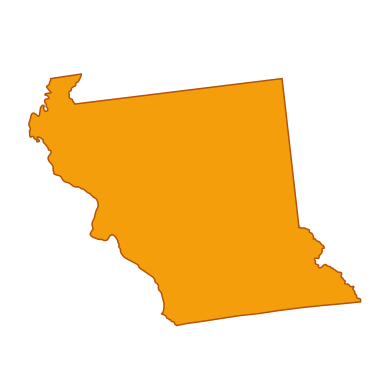 SVG path tracing the border of Missouri, rotated 173°
{"feature_id": "USA-3531", "entity_name": "Missouri", "entity_type": "State", "adm_level": 1, "iso_a3": "USA", "parent_name": "United States of America", "parent_adm1": "", "projection": "robinson", "projection_center": [-92.269, 38.302], "detail": "fine", "context": "isolated", "style": "filled", "palette": "amber", "viewbox_px": 384, "rotation_deg": 173, "n_neighbors": 0, "source": "natural_earth", "source_scale": "10m", "svg_char_len": 5865}
<svg xmlns="http://www.w3.org/2000/svg" viewBox="0 0 384 384"><g transform="rotate(173 192 192)"><path d="M44.0,78.7L43.2,78.6L43.0,77.8L43.6,77.4L44.0,77.1L44.2,76.7L44.1,76.4L43.6,74.8L42.9,73.7L42.7,73.3L42.6,72.9L42.7,72.0L42.7,71.7L42.4,70.8L41.6,69.8L41.2,69.0L41.2,68.2L41.3,67.6L41.3,67.0L40.6,66.3L39.5,66.0L38.6,65.8L38.0,65.3L37.8,63.8L38.1,62.4L56.3,62.8L76.9,63.5L97.3,63.9L113.3,63.8L118.6,63.8L139.5,63.2L160.9,63.5L195.3,62.4L213.8,62.1L218.8,61.7L223.6,61.4L224.0,61.9L224.2,62.2L225.0,62.7L225.2,63.1L225.2,63.8L225.3,64.3L225.6,64.8L225.9,65.2L226.3,65.4L227.3,65.7L228.4,66.3L228.5,66.6L228.7,67.3L228.9,67.7L229.1,67.8L229.3,67.9L229.8,67.9L230.1,68.0L230.3,68.5L230.5,68.8L230.9,69.1L231.8,69.5L232.2,69.8L232.5,70.2L232.6,70.6L232.6,70.9L232.5,71.3L232.9,71.9L234.6,73.4L235.1,73.8L236.5,74.3L237.0,74.8L235.5,76.0L234.5,78.5L233.8,81.3L233.5,83.6L233.5,86.2L234.7,95.5L235.0,96.3L235.6,97.2L236.4,98.1L236.6,98.5L236.9,99.0L237.0,99.4L237.1,99.9L237.1,101.3L236.7,102.9L236.7,103.6L236.9,104.0L237.5,104.6L237.8,105.4L239.1,106.5L239.4,107.1L239.5,107.7L239.6,109.0L240.2,110.9L241.1,112.3L252.7,122.4L253.4,123.2L254.0,124.3L254.2,125.5L254.5,126.3L255.2,126.9L265.9,134.4L267.0,135.4L268.1,136.7L269.3,138.8L269.8,140.0L270.1,141.1L270.2,141.9L270.1,143.5L270.1,144.2L270.4,144.9L271.2,146.1L271.4,146.8L271.2,147.4L270.9,148.0L270.7,148.7L271.0,149.5L271.4,150.2L271.6,151.1L271.7,152.0L271.5,152.7L273.6,156.9L275.0,158.7L276.9,159.4L278.9,158.5L281.8,154.8L284.2,154.3L285.1,154.6L286.7,155.6L287.5,155.9L288.6,156.0L291.0,156.6L295.6,159.1L297.4,160.6L298.2,162.1L297.9,163.1L297.1,164.5L296.2,165.7L295.6,166.3L295.0,166.9L294.8,168.3L295.1,170.6L295.1,172.9L294.3,174.7L292.0,178.3L289.7,184.6L287.5,188.1L286.8,189.9L286.6,192.0L287.0,194.6L287.3,195.5L287.6,196.1L287.9,196.7L288.3,197.2L290.9,199.4L291.2,199.9L292.5,201.2L292.8,201.7L293.1,202.6L294.0,203.2L295.7,204.2L296.9,205.4L298.1,206.8L299.3,208.0L301.0,208.5L303.6,210.6L304.3,211.1L306.0,211.0L308.1,211.6L309.7,212.8L312.4,215.5L313.5,216.2L316.4,217.4L317.5,218.1L318.7,219.7L320.0,222.8L321.1,224.0L325.6,226.0L326.9,227.1L326.5,227.8L326.7,228.7L327.0,229.7L327.2,230.7L327.1,231.7L326.9,232.6L326.8,233.7L326.9,234.8L327.9,236.8L329.2,238.6L330.4,240.5L330.8,242.9L330.1,244.9L328.4,246.5L327.1,248.1L327.1,250.3L327.4,250.5L328.3,250.8L328.7,251.0L329.4,251.6L329.4,252.4L329.5,253.3L329.9,254.2L331.0,256.1L332.9,258.6L333.6,260.2L333.3,261.9L334.1,262.7L336.4,264.6L338.3,265.4L338.9,265.4L339.1,264.8L338.9,263.9L338.6,263.5L338.2,263.1L337.8,262.6L337.2,261.4L337.5,260.8L338.4,260.7L339.5,260.7L339.8,261.0L340.0,262.3L340.2,262.8L340.6,263.2L341.6,263.8L342.0,264.2L342.2,264.8L342.3,265.4L342.5,266.0L342.9,266.5L343.5,266.6L344.0,266.5L344.6,266.3L345.0,266.1L346.0,266.6L346.2,267.6L345.9,270.0L346.0,271.8L345.9,272.3L345.7,272.7L345.3,273.2L344.8,273.8L344.7,274.5L344.8,275.7L345.6,277.6L345.7,278.9L345.3,280.4L343.5,284.3L342.4,287.6L341.4,289.1L340.2,289.7L338.7,289.3L337.4,288.1L336.3,286.8L335.2,285.8L334.6,286.1L334.4,286.4L333.9,287.4L333.3,289.5L333.1,290.4L332.4,293.0L332.1,294.0L331.0,295.3L330.3,296.0L329.7,296.3L328.4,296.0L328.3,295.2L328.8,294.0L329.1,292.8L328.5,290.6L326.9,289.8L325.3,290.5L325.0,292.4L325.4,293.1L326.0,293.9L326.4,294.7L326.1,295.7L326.0,296.6L327.1,298.9L327.3,300.2L326.8,301.4L325.9,302.0L324.8,302.1L323.6,302.1L322.7,302.6L322.8,303.6L323.5,304.8L324.4,305.6L325.6,306.0L326.1,306.4L325.9,307.0L325.4,307.3L324.9,307.5L320.5,307.6L319.7,307.9L322.2,311.6L323.5,313.9L323.1,314.9L322.4,315.1L321.5,315.5L320.7,316.1L320.4,316.6L320.2,317.6L318.8,319.9L318.4,321.8L318.1,321.8L287.9,322.6L287.6,322.6L287.6,322.3L287.5,322.1L287.7,321.5L289.3,318.4L289.8,317.8L290.5,316.5L291.1,315.9L291.4,315.5L291.6,315.3L291.8,315.1L292.1,315.0L293.0,314.8L293.3,314.7L293.5,314.5L293.7,314.4L293.9,314.1L294.0,313.9L294.1,313.6L294.2,313.3L294.3,312.8L294.3,312.5L294.4,312.2L294.6,312.0L294.8,311.8L295.3,311.5L295.5,311.3L296.1,311.2L297.2,310.7L298.6,309.9L298.8,309.8L299.0,309.5L299.1,309.3L299.2,309.0L299.4,307.9L299.5,307.6L299.7,307.4L299.9,307.3L301.1,306.9L301.3,306.8L301.6,306.6L301.8,306.4L301.9,306.2L302.0,305.9L302.1,305.6L302.2,305.4L302.2,305.1L302.0,303.4L302.0,303.0L302.3,301.7L302.3,301.4L302.3,301.0L302.3,300.7L302.1,300.5L302.0,300.2L301.8,300.0L301.6,299.8L301.4,299.6L299.8,298.7L299.6,298.5L299.5,298.2L299.4,298.0L299.4,297.6L299.3,296.7L299.2,296.3L299.0,296.1L298.8,296.0L298.6,295.8L298.5,295.6L298.0,294.3L297.8,293.9L297.7,293.8L297.6,293.6L88.8,293.6L89.1,258.2L90.1,145.5L89.9,145.4L89.9,145.2L90.5,144.3L90.4,143.8L89.6,143.6L88.5,143.5L88.4,143.4L88.3,142.9L88.1,142.7L87.8,142.7L87.4,142.7L86.7,142.7L85.2,142.7L84.2,142.3L82.2,141.0L81.3,140.7L80.4,140.2L80.2,139.0L80.2,137.8L79.7,137.3L78.1,136.3L77.1,134.0L76.8,131.8L77.2,130.7L75.2,130.3L75.0,130.0L74.8,129.1L74.6,128.8L72.7,127.4L71.8,127.1L71.4,126.8L71.0,126.2L70.0,124.2L69.7,123.8L68.9,123.4L68.1,122.5L67.6,121.4L67.7,120.2L68.0,120.1L69.2,120.0L69.8,119.7L69.9,119.2L70.0,118.6L69.9,117.4L70.3,116.4L71.0,115.4L72.5,114.0L73.0,113.7L73.4,113.5L73.7,113.2L73.8,111.8L74.0,111.2L74.2,110.8L74.6,110.6L76.8,111.2L77.8,111.3L78.6,110.6L78.7,109.9L78.4,109.5L78.1,109.1L77.9,108.5L78.0,107.8L78.2,106.7L78.3,106.1L77.9,105.5L75.8,104.4L75.2,103.6L75.6,103.0L75.6,102.3L75.3,101.6L74.7,101.3L73.6,101.3L72.8,101.5L72.1,101.9L70.7,103.0L69.7,103.6L68.7,103.9L67.7,103.4L66.5,102.1L66.0,101.7L65.5,101.5L64.5,101.4L64.1,101.3L63.7,100.9L63.5,100.5L63.3,100.1L63.0,99.6L62.6,99.4L62.0,99.3L61.5,99.2L60.9,98.3L57.1,94.9L56.3,94.5L54.2,94.1L53.6,93.5L53.5,92.5L53.8,91.3L54.2,90.2L54.4,89.6L54.3,89.4L52.9,88.0L52.6,87.2L52.0,86.2L50.7,84.8L51.5,83.4L51.6,82.7L51.1,82.1L50.3,81.8L48.6,81.7L48.0,81.3L47.4,80.6L47.0,79.8L46.6,79.1L45.8,78.6L44.9,78.6L44.0,78.7Z" fill="#f59e0b" stroke="#b45309" stroke-width="1.5"/></g></svg>